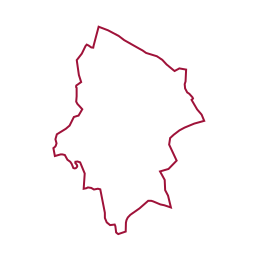 the Municipality of Gulbene, rotated 263°
{"feature_id": "LVA-1083", "entity_name": "Gulbene", "entity_type": "Municipality", "adm_level": 1, "iso_a3": "LVA", "parent_name": "Latvia", "parent_adm1": "", "projection": "orthographic", "projection_center": [26.543, 57.177], "detail": "fine", "context": "isolated", "style": "outline", "palette": "rose", "viewbox_px": 256, "rotation_deg": 263, "n_neighbors": 0, "source": "natural_earth", "source_scale": "10m", "svg_char_len": 1433}
<svg xmlns="http://www.w3.org/2000/svg" viewBox="0 0 256 256"><g transform="rotate(263 128 128)"><path d="M46.7,94.7L70.5,93.0L71.4,90.7L71.1,86.7L73.0,84.2L73.9,81.0L73.3,79.3L73.1,76.6L88.1,79.5L99.7,76.3L100.9,73.8L100.9,71.7L99.8,71.4L97.5,72.8L96.3,73.0L95.3,72.4L94.5,71.3L94.4,70.1L94.9,68.9L99.3,67.7L101.5,66.6L103.9,64.0L108.9,62.0L109.8,59.6L110.0,57.9L109.1,52.0L117.1,51.5L118.1,53.1L119.1,54.1L121.5,55.2L125.7,54.6L130.4,56.6L134.8,66.2L137.5,70.3L145.5,75.6L146.2,79.2L146.3,80.4L152.2,84.9L158.1,80.7L160.5,79.8L165.8,80.9L174.1,81.9L174.8,81.5L175.8,81.6L176.5,81.9L179.3,87.1L186.6,85.7L201.6,85.4L207.4,91.2L214.5,95.8L215.8,97.2L214.6,99.0L212.5,101.3L212.2,102.3L212.0,103.3L213.9,103.9L232.1,111.2L227.4,120.1L220.4,130.1L215.7,134.9L205.5,148.7L203.2,151.9L200.3,155.1L195.7,165.4L191.4,170.4L186.4,174.0L178.9,181.1L180.4,185.1L180.9,186.2L178.9,192.8L167.2,190.8L164.6,189.6L160.3,189.5L156.1,191.1L154.5,193.0L150.5,195.8L149.3,196.1L148.2,194.5L138.0,198.9L132.3,202.7L125.8,204.5L124.3,194.3L121.5,184.2L119.4,178.8L115.7,172.5L112.9,168.6L106.5,166.8L89.7,172.3L82.4,163.2L81.0,154.5L72.0,158.1L61.8,157.3L56.0,159.5L43.9,160.9L46.9,154.6L48.2,150.8L52.1,144.0L52.9,142.2L53.3,139.2L46.8,129.6L41.6,119.8L39.2,116.9L36.8,115.3L34.3,114.4L25.5,113.1L23.9,105.4L24.7,104.5L25.8,103.5L32.0,103.5L33.8,103.0L33.8,98.4L36.9,95.4L41.5,94.1L46.7,94.7Z" fill="none" stroke="#9f1239" stroke-width="2"/></g></svg>